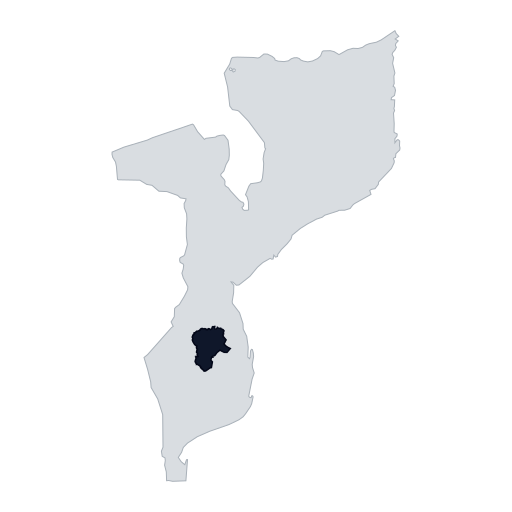 location of Mabote, Inhambane, Mozambique
{"feature_id": "85939544B65323255513357", "entity_name": "Mabote", "entity_type": "district", "adm_level": 2, "iso_a3": "MOZ", "parent_name": "Mozambique", "parent_adm1": "Inhambane", "projection": "albers", "projection_center": [33.733, -22.104], "detail": "fine", "context": "in_parent", "style": "filled", "palette": "ink", "viewbox_px": 512, "rotation_deg": 0, "n_neighbors": 0, "source": "geoboundaries", "source_scale": "gbopen_adm2", "svg_char_len": 8051}
<svg xmlns="http://www.w3.org/2000/svg" viewBox="0 0 512 512"><path d="M144.0,357.5L147.6,354.6L171.6,327.5L173.2,326.4L171.1,321.9L174.3,316.7L174.6,308.6L175.6,307.3L179.3,304.6L184.4,296.2L187.6,289.8L187.9,286.7L183.3,277.9L181.9,273.2L183.2,269.1L183.7,265.3L183.1,264.0L180.2,262.4L179.7,260.8L179.7,258.7L180.3,257.6L183.8,255.8L184.6,254.8L187.4,244.5L186.4,236.9L186.3,228.0L186.9,218.9L186.6,213.8L184.3,207.8L184.1,203.6L185.7,200.6L186.0,198.8L180.4,197.9L177.6,195.4L167.0,191.6L158.9,191.2L152.0,185.3L146.7,184.4L139.8,180.2L118.3,179.8L117.5,179.4L116.4,166.3L115.5,162.0L112.8,157.5L112.0,154.3L112.1,152.1L124.0,147.1L147.3,140.1L152.5,137.7L192.5,124.1L193.6,124.9L197.6,131.7L204.4,139.4L206.0,138.3L215.6,137.1L217.0,136.1L219.9,135.4L223.3,135.0L224.5,135.5L228.0,140.3L229.2,149.2L229.3,155.3L228.8,159.6L226.0,164.6L223.9,170.9L220.8,174.3L220.9,175.9L224.3,179.7L225.0,181.3L224.8,184.6L225.4,185.9L228.4,187.9L230.6,191.0L239.1,200.2L241.3,201.9L243.0,202.3L243.9,204.1L243.4,206.2L242.0,207.3L242.6,209.1L244.2,210.4L248.1,210.2L248.6,209.6L248.4,201.6L247.1,196.9L245.5,194.7L248.9,186.1L250.7,183.7L257.2,182.8L260.2,182.0L261.4,181.0L262.4,178.2L263.3,170.5L263.7,163.3L263.1,159.0L264.1,152.7L265.6,148.7L264.9,148.0L264.4,142.6L248.3,121.0L239.1,111.4L237.6,110.5L232.4,109.6L229.8,106.1L227.6,87.0L224.2,73.2L229.7,64.1L231.5,58.3L232.7,57.4L237.3,57.1L253.7,57.5L257.8,58.0L259.6,57.5L263.9,54.0L267.4,54.1L272.1,56.4L274.7,58.5L275.1,60.1L278.3,61.2L284.1,61.6L288.5,60.8L291.2,58.8L294.0,57.8L297.0,57.7L299.2,58.5L300.7,60.0L303.5,61.1L307.8,61.9L312.5,61.0L317.6,58.6L320.6,55.9L322.3,51.5L323.3,50.9L330.4,50.7L334.2,51.7L339.0,54.6L347.6,49.8L353.0,48.3L358.1,48.5L362.4,47.4L365.7,45.1L369.2,43.7L376.4,42.2L381.2,39.9L394.9,30.7L396.2,33.6L398.8,36.3L395.2,39.0L398.2,40.9L395.8,43.5L395.4,45.4L396.4,47.3L394.8,50.3L392.7,52.6L392.1,54.4L393.7,57.7L392.6,63.3L394.9,73.0L393.9,76.1L394.2,83.6L393.1,86.3L394.7,87.3L395.5,90.3L394.5,95.5L391.5,97.6L391.1,99.7L394.7,99.9L394.4,106.5L393.9,108.4L394.6,110.6L393.5,113.0L394.2,123.6L394.0,131.3L394.2,132.5L397.2,134.0L397.0,136.1L394.9,138.7L394.9,142.8L397.2,139.7L398.5,139.8L399.7,141.1L399.5,145.7L400.0,148.0L399.7,150.0L395.9,153.7L395.5,157.4L394.1,157.8L393.4,158.7L394.3,160.9L394.1,162.8L391.4,168.5L378.6,182.0L378.3,184.4L375.0,188.7L371.6,189.3L369.7,190.4L371.0,194.4L354.5,203.6L352.8,205.0L350.1,208.5L344.7,210.2L338.9,210.3L337.9,211.0L324.8,215.2L322.1,217.3L316.5,219.1L307.7,223.8L300.4,228.4L292.1,235.2L291.0,239.0L287.1,243.8L281.3,249.6L277.8,254.4L277.5,256.5L275.5,257.1L273.8,255.1L273.1,259.0L271.7,259.2L270.1,258.4L262.9,262.5L257.5,267.2L249.9,276.3L238.9,285.0L236.3,285.2L232.9,282.1L231.0,281.9L233.8,285.3L233.6,292.8L232.2,301.5L232.4,303.4L239.5,312.7L243.0,323.6L243.2,329.2L246.7,336.3L248.2,347.1L247.8,357.1L249.5,358.7L250.1,357.3L250.5,351.0L251.5,349.3L252.4,349.6L253.3,353.0L253.6,356.6L252.2,364.4L252.5,367.6L254.2,373.0L252.1,379.1L248.7,396.2L249.5,397.3L251.1,397.7L251.7,395.8L252.6,395.8L253.1,396.9L251.7,403.6L250.4,406.6L245.6,413.7L243.1,416.8L238.9,419.8L229.1,424.5L209.6,431.3L197.3,436.7L187.5,443.1L183.3,447.4L181.6,452.3L178.3,457.4L181.2,461.7L184.8,464.7L186.5,459.7L187.5,459.6L185.9,480.8L172.6,481.3L168.7,480.5L166.6,480.7L166.3,471.9L164.6,465.2L165.3,460.5L165.0,457.9L162.2,456.3L161.4,451.2L163.0,447.2L162.7,414.6L157.7,398.9L151.1,387.5L150.7,381.9L147.6,369.3L144.0,357.5ZM233.3,72.0L235.0,71.2L235.3,69.6L234.1,68.8L233.2,69.0L232.7,71.5L233.3,72.0ZM232.1,69.1L230.7,67.9L229.7,68.2L229.3,69.2L230.4,70.5L231.6,70.5L232.1,69.1Z" fill="#d9dde1" stroke="#a8b0b8" stroke-width="1"/><path d="M204.8,371.1L205.1,371.1L205.6,370.9L206.0,370.8L206.1,370.7L206.4,370.4L206.7,370.2L206.8,370.2L210.2,367.8L211.4,367.6L212.4,361.9L210.8,360.2L211.6,357.2L212.4,357.2L212.2,357.0L212.1,356.8L212.1,356.6L212.5,356.3L212.8,356.3L213.3,356.0L213.6,356.0L214.9,355.4L217.0,352.5L219.9,350.2L221.2,350.8L221.4,350.9L221.7,351.1L221.8,351.2L222.1,351.2L222.4,351.5L222.6,351.6L222.9,351.6L223.3,351.8L223.6,351.9L224.0,352.3L227.0,352.4L230.3,348.5L227.8,347.3L225.8,345.9L224.0,344.0L224.0,343.9L224.0,343.7L224.9,342.4L225.0,341.9L226.1,339.9L223.6,336.9L223.4,336.9L223.4,336.7L223.2,336.1L223.2,335.7L223.1,335.3L223.0,335.0L223.0,334.8L223.1,334.6L223.1,334.4L223.2,334.2L223.3,334.0L223.5,333.9L223.4,333.8L223.5,333.2L223.4,332.8L223.4,332.6L224.0,330.8L223.7,330.5L223.4,330.0L223.1,329.7L222.9,329.6L222.4,329.3L222.0,329.3L221.3,329.0L221.1,328.8L220.9,328.3L220.6,328.2L220.3,328.3L219.9,328.5L219.7,328.5L219.3,328.3L218.4,328.2L217.8,327.8L217.6,327.4L217.4,327.3L217.3,327.7L217.2,328.0L216.7,328.5L216.2,329.1L215.9,329.1L215.3,329.1L214.8,329.1L214.7,328.9L214.7,328.7L214.6,328.4L214.6,328.2L214.6,327.6L214.5,327.3L214.6,327.0L214.7,326.9L214.8,326.7L214.8,326.4L214.7,326.4L214.4,326.5L214.1,326.7L213.2,326.7L212.9,326.6L212.7,326.7L212.5,326.8L212.3,327.0L212.2,327.2L212.3,327.3L212.3,327.6L212.4,327.8L212.3,328.0L212.2,328.1L212.2,328.3L211.9,328.4L211.9,328.5L212.0,328.6L211.9,328.8L211.9,329.0L211.7,329.1L211.4,329.1L211.2,329.3L210.9,329.4L210.5,329.5L210.4,329.6L210.2,329.5L210.2,329.4L209.7,329.0L209.5,328.9L209.3,328.8L209.2,328.9L208.8,328.8L208.5,328.8L208.5,328.7L208.3,328.7L208.2,328.9L208.0,329.0L207.9,329.1L208.0,329.3L207.8,329.4L207.6,329.5L207.4,329.5L207.2,329.7L207.1,329.8L207.0,329.7L206.9,329.6L206.7,329.6L206.5,329.4L206.4,329.5L206.2,329.3L205.9,329.4L205.8,329.1L205.5,329.1L205.2,328.9L205.2,328.7L204.9,328.6L204.6,328.8L204.2,328.9L203.9,328.8L203.4,328.9L203.0,328.8L202.8,328.6L202.6,328.7L202.4,328.7L202.2,328.5L201.9,328.5L201.7,328.5L201.3,328.6L201.2,328.6L200.9,328.8L200.7,329.0L200.6,329.4L200.4,329.5L200.2,329.5L200.0,329.8L199.9,330.3L199.7,330.3L199.5,330.5L199.4,330.6L199.2,330.5L198.9,330.8L198.7,330.8L198.4,330.9L198.1,331.2L197.8,331.2L197.6,331.2L197.4,331.2L197.2,331.1L196.6,331.2L196.5,331.3L196.4,331.7L196.0,332.0L195.7,332.0L195.4,332.4L195.1,332.7L195.1,332.8L194.9,332.8L194.9,332.7L194.6,332.8L194.1,332.8L194.0,333.1L194.3,333.7L194.3,333.8L194.2,333.9L194.1,334.1L193.6,334.3L193.4,334.4L193.3,334.7L193.3,334.9L193.4,335.1L193.3,335.3L193.2,335.3L193.0,335.2L192.9,335.2L192.2,337.1L192.9,338.7L192.4,339.7L192.3,339.9L192.3,340.0L193.1,342.0L194.4,344.1L194.6,344.5L195.6,345.3L196.9,345.9L196.9,346.0L196.7,346.6L196.5,346.9L196.4,347.0L196.5,347.4L196.5,347.5L196.6,347.8L196.5,348.0L196.7,348.3L197.0,348.3L197.1,348.5L197.3,348.7L197.2,348.8L197.4,348.9L197.3,349.1L197.4,349.3L197.4,349.5L197.4,349.8L197.4,350.0L197.2,350.1L196.9,350.1L196.8,350.4L196.9,350.6L196.9,350.8L196.8,351.1L196.8,351.3L196.7,351.4L196.7,351.7L196.5,351.9L196.5,352.1L196.6,352.4L196.6,352.5L196.9,352.8L197.1,352.9L197.2,353.1L197.3,353.1L197.5,353.1L197.7,353.4L197.7,353.5L197.6,353.8L197.3,354.3L197.2,354.5L197.4,354.8L197.4,355.0L197.4,355.5L197.6,355.7L197.5,355.8L197.7,356.0L197.8,356.3L198.0,356.4L198.0,356.5L197.9,356.5L197.7,356.5L197.4,356.5L197.2,356.3L196.6,356.6L196.4,356.5L196.2,356.5L196.3,356.7L196.2,356.7L196.3,356.8L196.1,357.1L195.9,357.3L196.1,357.5L196.1,357.8L196.0,358.0L196.1,358.3L196.0,358.5L195.9,358.8L195.8,359.1L195.7,359.4L195.6,359.6L195.7,359.8L195.5,360.0L195.5,360.3L195.4,360.4L195.4,360.6L195.3,360.8L195.3,361.0L195.2,361.0L195.1,361.3L195.2,361.6L195.3,361.7L195.4,361.8L195.3,362.0L195.5,362.2L195.5,362.3L195.7,362.5L195.8,362.8L195.9,363.2L196.0,363.2L196.1,363.3L196.3,363.5L196.4,363.8L196.4,364.0L196.5,364.1L196.5,364.4L196.8,364.3L197.2,364.2L197.3,364.2L197.5,364.5L197.8,364.6L198.1,364.8L198.3,365.0L198.5,365.1L198.8,365.2L199.0,365.4L199.3,365.5L199.7,365.5L199.8,365.6L199.9,365.9L200.0,366.2L200.0,366.3L200.2,366.5L200.3,366.7L200.7,366.8L200.8,366.9L200.8,367.1L200.6,367.3L200.6,367.5L201.0,367.6L201.1,367.8L201.0,368.0L201.2,368.3L201.7,368.8L201.9,368.7L202.2,369.1L202.8,369.4L203.1,369.8L203.1,370.0L203.5,370.4L203.7,370.8L204.2,370.9L204.4,370.9L204.6,370.7L204.8,370.7L204.9,370.9L204.8,371.1Z" fill="#0f172a" stroke="#020617" stroke-width="1.5"/></svg>